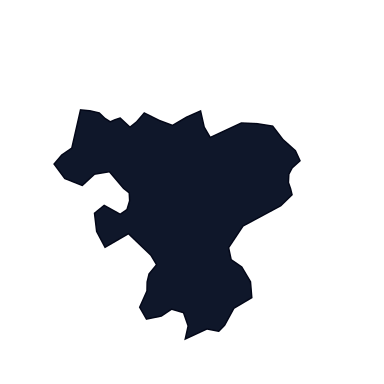 an SVG outline of Sîngerei, rotated 326°
{"feature_id": "MDA-1622", "entity_name": "Sîngerei", "entity_type": "District", "adm_level": 1, "iso_a3": "MDA", "parent_name": "Moldova", "parent_adm1": "", "projection": "natural_earth1", "projection_center": [28.121, 47.671], "detail": "fine", "context": "isolated", "style": "filled", "palette": "ink", "viewbox_px": 384, "rotation_deg": 326, "n_neighbors": 0, "source": "natural_earth", "source_scale": "10m", "svg_char_len": 965}
<svg xmlns="http://www.w3.org/2000/svg" viewBox="0 0 384 384"><g transform="rotate(326 192 192)"><path d="M93.3,91.7L104.7,88.5L116.9,88.4L145.5,61.6L152.9,67.7L159.3,74.6L160.9,82.1L163.5,88.1L168.4,89.0L173.8,90.5L176.8,103.6L185.3,102.9L196.6,99.8L204.9,114.4L213.1,125.9L229.4,126.9L244.4,129.6L238.4,145.0L237.6,157.0L271.5,162.4L284.1,171.7L295.7,182.5L296.7,199.4L300.8,215.6L299.0,226.5L288.5,228.0L282.2,231.4L277.2,238.1L275.5,244.5L273.4,250.2L257.9,253.0L215.3,248.7L191.2,258.6L186.6,270.0L191.3,282.0L190.3,299.1L182.5,313.0L161.7,311.8L144.5,320.7L136.3,322.4L127.8,313.9L104.2,310.1L113.9,300.9L117.5,287.3L109.5,277.7L97.3,277.7L83.2,271.9L84.2,258.3L99.3,248.9L104.5,241.5L110.6,235.9L122.0,232.5L122.6,221.4L116.0,191.0L89.0,189.2L90.9,171.4L99.3,155.1L111.7,154.0L120.0,170.3L128.3,170.2L135.4,164.4L139.5,157.6L137.3,150.7L134.9,129.0L121.1,122.7L104.7,125.2L94.1,109.7L93.3,91.7Z" fill="#0f172a" stroke="#020617" stroke-width="1.5"/></g></svg>